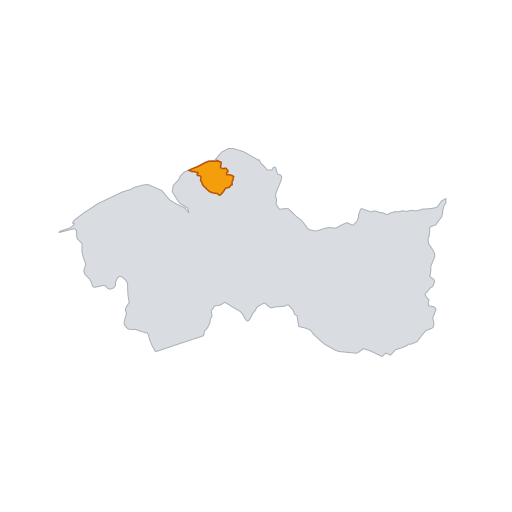 Guyana, with Mahaica-Berbice highlighted, rotated 293°
{"feature_id": "GUY-679", "entity_name": "Mahaica-Berbice", "entity_type": "Region", "adm_level": 1, "iso_a3": "GUY", "parent_name": "Guyana", "parent_adm1": "", "projection": "albers", "projection_center": [-57.805, 6.276], "detail": "fine", "context": "in_parent", "style": "filled", "palette": "amber", "viewbox_px": 512, "rotation_deg": 293, "n_neighbors": 0, "source": "natural_earth", "source_scale": "10m", "svg_char_len": 5340}
<svg xmlns="http://www.w3.org/2000/svg" viewBox="0 0 512 512"><g transform="rotate(293 256 256)"><path d="M162.2,238.9L151.3,226.6L140.4,214.2L129.6,202.1L128.9,200.4L133.5,194.7L137.6,190.6L141.0,188.2L142.6,186.2L141.4,177.3L141.5,174.1L139.9,170.6L138.8,166.7L140.2,163.5L141.8,161.2L144.0,160.4L149.0,159.6L152.6,159.3L153.8,158.0L155.9,156.5L158.6,156.5L163.9,157.5L166.4,155.6L170.8,153.0L180.6,148.4L182.9,145.4L184.4,140.8L184.3,138.6L183.3,137.8L180.8,137.0L177.1,136.9L174.1,138.1L171.0,137.4L168.4,134.6L168.3,132.2L169.8,128.9L169.0,126.6L164.1,119.6L164.1,117.7L167.7,114.5L169.7,111.8L172.5,105.4L174.8,103.3L181.6,102.6L183.4,101.2L186.9,97.9L192.1,94.0L199.6,90.9L201.8,85.3L203.1,83.8L209.1,80.8L210.1,79.3L210.0,77.9L200.5,65.2L202.4,66.1L209.7,74.4L213.8,76.2L214.7,76.2L214.7,74.1L218.5,75.0L228.2,80.6L242.4,90.0L262.4,107.6L268.1,114.4L271.9,117.5L277.8,125.2L279.6,129.0L279.4,143.9L274.1,154.0L272.8,161.6L272.5,171.7L269.4,177.5L273.5,174.4L274.8,165.2L278.2,159.7L282.8,153.6L288.8,152.2L295.2,154.8L300.5,155.2L305.1,157.0L314.9,166.8L324.4,174.5L327.9,180.6L338.1,183.7L344.1,188.6L346.0,192.8L347.2,203.8L345.2,220.5L345.8,221.3L343.0,224.6L342.5,226.7L340.8,230.4L339.4,232.4L341.4,237.0L343.7,237.2L344.6,237.8L345.2,238.7L345.0,239.6L344.1,240.5L342.0,241.6L339.9,244.3L340.1,247.2L338.8,248.8L334.6,249.6L326.3,249.6L322.3,249.8L319.1,250.3L317.0,252.2L314.3,253.5L312.2,253.8L310.3,256.0L308.4,259.1L309.1,261.3L311.0,264.1L312.1,267.1L310.6,271.8L309.0,275.4L308.0,278.2L306.7,283.6L303.6,289.5L301.3,292.8L301.3,296.5L302.4,301.6L308.9,309.2L311.0,312.8L312.8,318.6L318.6,323.1L322.3,326.8L322.0,331.7L322.4,333.2L324.7,334.4L327.5,335.3L330.6,335.3L333.3,334.8L333.9,334.2L340.3,334.1L341.0,335.3L341.3,342.3L341.6,345.1L343.1,346.2L344.0,348.0L344.1,349.5L344.4,353.5L345.3,355.5L345.2,359.7L345.8,361.2L347.6,362.3L349.8,365.3L350.6,365.6L351.0,366.7L352.9,371.0L353.9,372.2L354.6,372.4L354.9,373.9L356.2,377.9L357.2,378.8L359.0,381.8L359.7,385.0L362.0,388.5L364.4,391.1L365.5,393.7L368.6,399.5L371.5,403.5L375.5,404.6L378.9,405.1L381.0,406.7L383.1,408.4L380.9,409.2L378.9,410.2L376.1,409.4L372.3,409.9L368.3,411.0L364.7,411.6L357.7,409.8L355.6,409.5L354.2,408.7L351.3,405.2L349.9,404.7L346.3,406.4L341.8,407.6L339.6,407.4L337.0,408.6L334.7,410.2L330.1,417.2L327.7,419.7L325.2,420.8L320.1,420.8L314.7,421.0L310.7,422.7L306.9,423.6L305.0,423.7L304.3,427.5L303.5,429.3L302.3,430.3L299.3,430.6L296.7,430.5L295.0,428.9L292.1,428.1L289.4,427.5L287.7,426.6L286.3,426.8L285.2,428.4L284.2,429.8L283.4,432.3L279.4,433.1L277.7,434.5L278.7,439.2L278.2,441.1L277.4,442.5L272.5,442.8L268.4,442.7L266.0,444.4L263.0,446.4L261.2,446.8L259.1,446.7L256.3,444.3L253.6,441.4L246.7,439.4L239.9,437.7L235.4,433.1L234.4,430.8L232.3,429.8L227.0,424.4L224.1,420.9L220.9,419.9L217.3,418.5L217.4,415.9L217.2,413.5L215.6,412.5L213.4,411.8L212.6,410.4L212.9,407.2L213.3,399.0L212.7,391.1L207.9,388.3L205.8,386.5L202.1,374.8L200.4,369.5L200.3,365.6L201.6,353.9L203.0,348.9L206.8,338.7L209.0,335.3L209.1,332.8L208.9,329.5L207.8,322.9L214.2,318.9L217.0,317.2L217.4,314.4L220.9,310.9L222.4,307.6L223.6,305.0L223.3,303.7L221.8,302.9L220.1,300.4L216.4,293.2L215.1,291.8L214.0,289.8L214.6,286.6L216.0,283.2L215.8,281.8L213.6,279.9L209.1,276.8L205.3,276.6L202.4,275.5L198.2,275.3L194.7,274.9L192.8,273.8L193.2,271.9L194.1,270.4L196.9,266.9L198.9,263.0L199.2,259.3L199.8,254.4L200.6,250.1L201.1,245.3L196.6,242.1L195.2,239.5L193.3,237.1L191.2,237.1L188.1,236.1L183.3,239.1L179.5,238.6L176.9,239.7L170.8,239.4L166.9,237.9L162.2,238.9Z" fill="#d9dde1" stroke="#a8b0b8" stroke-width="1"/><path d="M308.6,160.8L309.7,161.7L312.5,164.3L314.2,166.0L314.6,166.8L315.6,167.2L316.7,168.4L319.7,170.8L321.3,172.1L322.4,173.0L323.1,173.8L323.9,174.6L324.9,175.7L325.9,178.2L327.5,181.9L328.1,182.6L328.2,183.6L328.5,184.1L328.9,183.4L329.0,183.8L328.7,184.4L328.5,185.3L328.8,186.4L328.8,186.7L328.7,187.1L328.5,187.3L327.9,187.7L327.2,187.9L325.4,188.2L325.1,188.2L324.5,188.3L324.3,188.4L324.0,188.6L323.7,188.9L323.5,189.2L323.4,189.9L323.4,190.7L323.9,192.3L324.0,192.6L324.4,192.9L324.8,193.2L324.9,193.4L325.0,193.7L324.9,194.0L324.7,194.8L323.6,196.7L323.3,197.0L323.1,197.2L322.8,197.3L322.6,197.3L322.3,197.1L321.9,196.7L321.7,196.6L321.4,196.4L321.0,196.4L320.6,196.5L319.9,196.8L319.3,197.4L320.2,198.9L320.5,200.1L320.7,202.6L320.5,204.4L320.0,204.5L318.9,204.5L318.5,204.6L317.3,205.1L316.9,205.1L314.6,205.0L314.0,205.2L313.6,205.4L313.3,205.8L313.0,206.1L312.6,206.2L312.2,206.1L311.3,205.2L310.8,204.9L310.1,204.8L309.6,204.9L309.2,204.8L308.8,204.6L307.8,203.3L307.3,202.7L306.9,201.9L306.7,201.5L304.5,201.2L304.1,201.1L302.4,200.8L298.9,199.7L298.2,199.3L297.6,198.4L298.3,196.3L298.3,195.4L297.7,193.7L297.2,191.2L297.1,188.5L297.2,187.7L297.4,187.1L300.1,180.0L300.5,179.3L300.9,178.8L301.3,178.5L301.6,178.3L302.0,178.0L302.5,177.5L303.6,175.9L303.9,175.5L304.2,175.3L304.4,175.2L305.1,175.0L306.6,174.8L307.0,174.7L307.4,174.4L307.6,174.0L307.8,173.6L307.8,173.3L307.9,172.9L307.8,172.5L307.4,171.4L307.3,170.9L307.3,170.5L307.6,170.2L307.9,170.0L308.3,170.0L308.6,170.1L309.0,170.2L309.4,170.2L309.8,170.2L310.2,169.9L310.2,169.6L309.8,169.0L309.7,168.7L309.6,168.3L309.8,166.9L309.7,166.5L309.6,166.0L309.1,165.2L308.8,164.5L308.7,163.8L308.6,160.9L308.6,160.8Z" fill="#f59e0b" stroke="#b45309" stroke-width="1.5"/></g></svg>